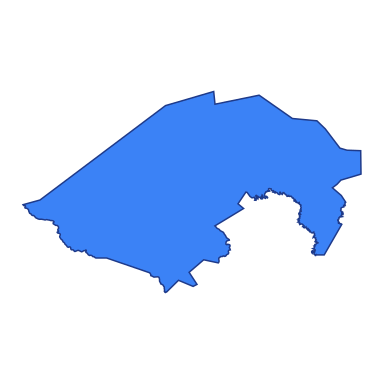 the district of Middle Ramu District, Madang, Papua New Guinea
{"feature_id": "67681753B72942369161331", "entity_name": "Middle Ramu District", "entity_type": "district", "adm_level": 2, "iso_a3": "PNG", "parent_name": "Papua New Guinea", "parent_adm1": "Madang", "projection": "mercator", "projection_center": [144.728, -4.954], "detail": "fine", "context": "isolated", "style": "filled", "palette": "blue", "viewbox_px": 384, "rotation_deg": 0, "n_neighbors": 0, "source": "geoboundaries", "source_scale": "gbopen_adm2", "svg_char_len": 6018}
<svg xmlns="http://www.w3.org/2000/svg" viewBox="0 0 384 384"><path d="M23.0,204.7L23.2,205.0L23.8,205.6L24.9,205.4L25.4,205.9L25.5,206.1L24.9,207.2L25.0,207.7L25.2,208.1L26.5,208.2L26.9,208.4L28.3,209.4L28.5,209.8L28.7,210.9L29.6,213.2L30.1,213.5L30.8,213.7L31.5,214.8L32.1,215.3L32.6,215.5L33.7,215.5L34.9,216.7L35.5,217.6L36.5,218.2L36.9,218.3L38.2,219.0L39.7,219.3L41.2,219.2L42.5,219.4L44.1,219.7L44.7,219.9L45.6,219.9L46.4,219.6L46.9,219.6L48.3,220.0L49.2,220.0L50.4,220.5L52.3,220.6L53.5,221.1L54.0,221.7L54.0,222.0L53.1,223.0L53.3,223.8L55.5,225.2L55.9,225.4L57.0,225.4L57.5,225.6L58.4,226.7L58.6,228.1L57.8,229.7L57.8,230.2L58.5,230.9L58.5,231.2L58.3,231.6L57.5,231.9L57.2,232.2L57.2,232.5L57.7,233.0L59.4,233.4L60.2,234.1L60.3,234.8L60.1,235.4L59.7,236.3L59.7,236.7L59.8,237.2L61.0,239.1L61.3,239.5L62.4,240.2L63.0,241.8L64.5,242.9L65.0,244.2L66.3,245.3L67.4,246.9L68.3,247.3L69.5,246.9L70.1,247.0L70.4,247.2L70.6,247.6L70.7,248.4L71.0,249.4L71.4,249.8L73.0,249.8L73.9,250.5L74.4,251.4L75.4,251.4L77.3,250.5L78.7,250.4L81.5,251.8L82.1,251.7L83.0,251.2L83.7,250.7L84.1,250.6L85.0,250.7L85.6,250.1L85.9,250.0L86.2,250.3L86.3,251.0L85.8,251.6L85.8,252.1L86.3,252.7L87.1,253.1L88.4,254.9L89.7,255.5L90.7,255.2L91.9,255.6L92.8,256.6L93.2,256.7L94.1,256.7L95.2,257.7L96.0,258.0L106.6,258.0L149.7,272.8L150.8,274.5L150.7,275.2L150.9,275.7L151.3,275.7L152.3,276.3L153.5,276.8L153.9,277.1L157.7,276.8L158.8,277.2L159.1,277.6L159.3,278.3L159.6,279.9L159.5,280.7L159.7,281.7L160.5,282.7L160.7,283.1L160.6,283.7L160.9,284.0L161.5,284.1L163.3,285.3L163.6,286.2L164.3,287.0L164.2,288.2L164.6,290.1L164.3,291.2L165.0,292.3L165.4,292.5L166.2,291.8L166.6,292.0L178.5,280.3L193.1,286.4L197.0,284.4L189.1,272.3L203.7,259.8L218.3,262.9L218.6,262.6L219.0,261.7L219.0,260.2L218.7,259.2L218.8,258.1L219.9,257.4L220.4,256.6L220.7,256.5L222.2,256.6L223.2,255.9L223.7,256.0L224.2,256.4L225.0,256.0L225.5,256.2L226.2,255.5L226.4,254.9L228.4,253.8L228.7,252.8L228.3,251.5L228.5,250.7L229.0,250.2L230.3,249.9L229.8,248.4L229.3,247.6L229.7,246.6L230.0,246.2L230.0,245.3L229.6,245.1L229.6,244.8L229.3,244.6L228.4,244.5L227.9,244.2L226.9,244.7L226.0,244.2L225.9,243.3L226.1,242.0L227.0,240.8L229.3,240.2L229.2,239.6L226.5,237.7L225.4,235.4L224.3,234.1L223.9,233.1L223.2,232.2L220.0,230.5L219.4,229.5L216.9,228.2L215.7,226.6L214.9,225.9L243.6,208.5L238.0,203.8L245.9,192.1L247.1,192.4L250.0,196.4L251.9,197.8L252.9,197.7L254.2,197.3L255.0,199.0L255.0,199.5L254.7,200.2L256.0,200.3L256.2,199.7L255.9,198.2L256.2,197.9L257.1,198.2L257.9,198.9L258.1,197.8L257.9,197.2L257.4,196.6L256.8,196.7L256.0,196.3L255.7,195.9L255.9,195.5L256.5,195.4L256.7,195.8L258.2,196.5L258.7,197.1L260.5,197.6L261.7,196.2L262.1,195.0L262.5,195.4L262.5,196.0L261.8,196.9L260.5,198.1L260.7,198.6L261.5,198.9L262.2,198.9L262.6,198.6L262.7,197.3L263.1,197.1L265.5,198.4L265.9,197.9L266.4,197.0L267.5,197.8L267.6,197.5L266.8,196.5L266.3,196.3L264.8,196.2L264.5,195.9L264.7,193.8L265.3,193.0L265.8,191.9L266.7,191.9L267.0,191.3L267.4,190.9L267.9,191.3L269.6,191.1L269.3,190.5L268.5,190.1L268.6,188.7L269.3,188.5L271.2,188.9L271.1,189.9L272.0,190.8L273.3,190.6L273.7,191.0L272.9,192.1L273.4,192.2L274.2,191.9L274.9,193.0L275.2,193.0L275.5,192.0L276.2,192.5L277.3,192.9L278.1,194.0L279.5,194.6L279.9,194.5L280.2,193.7L280.1,193.1L279.8,192.6L279.9,192.2L280.3,192.2L280.6,192.6L280.5,193.5L281.6,193.8L282.2,194.5L282.5,194.2L283.0,192.6L283.9,192.6L284.0,193.0L284.9,194.0L285.7,194.3L285.9,194.9L286.9,195.3L287.0,196.3L287.8,196.3L288.4,196.1L288.8,195.6L289.1,196.3L290.0,196.5L290.9,196.1L291.4,196.4L292.4,198.0L293.1,197.9L293.6,199.0L295.0,199.5L295.3,200.2L294.0,200.8L294.2,201.2L295.1,200.9L296.3,201.3L296.3,201.7L295.9,202.0L296.0,202.3L297.2,202.6L297.8,202.5L298.3,203.3L299.2,202.7L299.2,203.7L299.7,204.4L300.5,204.6L301.0,205.2L300.5,205.9L301.2,207.8L300.7,208.5L301.0,209.8L300.2,210.1L300.9,210.6L301.2,211.2L300.5,211.8L300.1,211.5L298.8,213.5L298.8,214.0L300.2,213.8L300.7,214.3L299.4,215.5L299.5,216.4L299.9,216.5L299.5,217.5L299.7,217.8L298.7,218.5L299.4,218.8L298.7,219.7L297.8,219.9L298.0,220.1L298.6,220.0L298.9,220.3L298.4,220.4L299.0,221.1L298.5,221.4L298.1,221.9L298.7,221.8L299.6,224.1L300.0,223.4L300.4,224.3L301.8,223.9L303.0,224.6L303.3,225.4L302.9,226.1L304.0,225.8L304.2,226.9L303.6,227.5L304.3,227.8L304.7,227.3L305.5,227.5L306.0,227.0L306.3,228.2L306.9,228.9L307.1,228.3L308.1,228.5L308.4,229.2L307.8,228.8L308.0,230.0L308.6,229.8L309.2,230.2L308.6,230.4L309.5,231.4L309.7,230.5L311.1,232.5L312.0,232.9L313.3,232.3L313.1,232.8L313.8,232.7L314.6,233.8L314.4,234.5L314.8,235.2L314.7,235.8L313.6,236.1L313.2,237.5L314.1,237.0L314.7,237.7L315.7,238.0L315.4,238.9L316.2,239.7L315.0,241.7L315.7,242.1L316.7,241.6L317.0,242.6L317.9,242.7L317.8,243.1L316.4,243.2L315.7,244.7L314.9,244.5L314.7,244.9L314.9,246.0L314.0,246.1L314.5,246.8L314.4,247.9L313.3,248.4L314.0,248.5L313.9,249.3L315.2,249.8L315.3,250.1L314.9,250.4L314.8,251.8L314.4,251.8L314.3,250.7L313.5,250.9L312.6,252.3L312.4,250.8L311.7,251.3L311.7,252.4L312.3,253.3L312.6,252.7L313.7,252.1L314.3,252.0L314.3,252.6L313.9,254.0L314.8,254.6L315.3,255.5L315.6,255.5L315.8,254.6L316.1,254.5L316.2,254.9L324.2,254.9L341.8,224.3L340.9,223.7L340.1,223.9L339.2,222.6L338.7,223.0L338.6,223.9L338.5,222.8L338.6,222.2L338.3,221.9L338.6,221.6L338.2,220.4L337.8,220.3L337.8,219.9L338.4,219.2L338.9,219.0L339.0,218.4L338.9,217.8L339.9,216.8L340.3,217.0L342.4,216.6L341.2,215.8L341.5,215.6L341.6,214.5L343.0,214.5L343.0,213.8L342.2,213.8L341.9,213.4L342.4,213.0L342.5,212.5L342.8,212.6L342.6,212.0L342.2,212.1L341.7,212.4L341.5,211.2L341.1,211.1L340.7,210.8L340.6,210.3L341.1,209.2L340.9,208.2L342.0,207.4L343.8,206.9L343.7,206.4L343.7,205.6L344.3,205.9L345.1,205.6L344.7,205.0L344.7,204.6L345.0,204.6L345.1,203.0L345.0,202.6L345.7,202.2L341.3,195.5L332.4,187.8L337.1,184.2L340.9,180.1L361.0,174.1L360.7,150.7L347.0,150.2L339.9,148.1L325.3,128.9L316.9,120.8L292.4,118.5L259.1,95.2L215.0,104.2L213.7,91.5L165.5,105.6L40.0,200.0L23.0,204.7Z" fill="#3b82f6" stroke="#1e3a8a" stroke-width="1.5"/></svg>